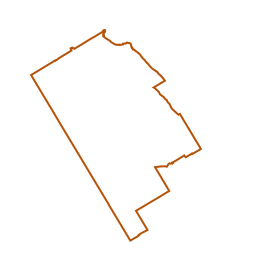 outline of Mount Remarkable, South Australia, Australia, rotated 149°
{"feature_id": "25037944B97955965068321", "entity_name": "Mount Remarkable", "entity_type": "district", "adm_level": 2, "iso_a3": "AUS", "parent_name": "Australia", "parent_adm1": "South Australia", "projection": "mercator", "projection_center": [138.036, -32.718], "detail": "fine", "context": "isolated", "style": "outline", "palette": "amber", "viewbox_px": 256, "rotation_deg": 149, "n_neighbors": 0, "source": "geoboundaries", "source_scale": "gbopen_adm2", "svg_char_len": 4640}
<svg xmlns="http://www.w3.org/2000/svg" viewBox="0 0 256 256"><g transform="rotate(149 128 128)"><path d="M76.3,72.5L76.3,113.4L77.9,113.4L80.4,121.7L80.4,121.9L80.4,122.1L80.5,123.6L80.5,123.8L80.4,124.2L80.1,126.4L80.0,126.9L80.0,127.1L80.1,127.5L80.5,129.2L80.6,129.6L80.6,129.9L80.6,130.2L80.5,131.0L80.4,131.3L80.4,131.6L80.5,131.8L80.5,132.1L80.6,132.3L81.1,133.6L81.2,134.0L81.3,134.2L81.3,134.4L81.3,135.4L81.4,135.6L81.4,135.9L83.0,139.8L83.1,140.1L83.2,140.4L83.2,140.7L83.0,142.9L83.0,143.2L83.1,143.4L84.5,148.4L84.8,148.9L85.1,149.5L72.0,149.5L72.1,150.1L72.1,150.7L72.2,151.4L72.3,151.8L72.2,152.1L72.2,152.3L72.4,152.7L72.5,153.4L72.5,153.6L72.6,153.8L72.6,154.6L72.8,155.4L72.9,155.7L73.0,155.8L72.9,156.0L73.1,156.5L73.3,157.2L73.6,157.8L73.8,158.1L73.8,158.4L73.9,158.6L74.0,159.3L74.0,159.6L73.9,160.5L74.1,161.3L74.2,161.5L74.3,161.5L74.7,161.9L74.9,162.2L74.9,162.3L74.8,162.2L74.6,162.0L74.6,162.3L74.7,162.6L74.9,163.0L75.0,163.2L75.1,163.3L75.3,163.6L75.5,163.9L75.6,164.2L75.7,164.3L75.9,164.7L76.0,164.9L76.3,165.7L76.6,166.5L76.8,167.1L77.0,167.9L77.1,168.4L77.2,168.8L77.3,169.6L77.5,170.0L77.5,170.5L77.6,171.1L77.6,171.6L77.6,171.9L77.6,172.0L77.7,172.3L77.9,172.8L78.0,173.6L78.2,174.0L78.2,174.3L78.3,174.6L78.3,174.8L78.4,175.0L78.5,175.5L78.6,175.9L78.6,176.8L78.6,177.0L78.6,177.5L78.7,177.8L78.8,178.0L79.1,178.8L79.3,179.7L79.5,180.2L79.5,180.8L79.5,181.3L79.6,181.7L79.6,182.0L79.8,182.7L79.8,183.5L79.7,184.0L79.8,184.6L79.8,184.8L80.1,185.4L80.2,185.6L80.2,185.9L80.3,186.3L80.5,187.0L80.6,187.3L80.7,187.5L81.0,188.3L81.6,189.4L81.7,189.7L81.7,190.1L81.9,190.3L82.0,190.6L82.1,191.1L82.2,191.3L82.2,191.5L82.3,191.7L82.6,192.1L82.9,192.8L83.0,193.0L83.3,193.0L83.2,193.3L83.1,193.5L83.1,194.1L83.0,194.5L83.0,194.9L83.0,195.0L83.3,194.9L83.5,194.9L83.5,195.0L83.4,195.4L83.2,195.8L83.1,196.1L83.0,196.4L82.9,196.8L82.9,197.0L82.9,197.3L82.7,197.5L82.5,197.8L82.5,198.1L82.5,198.4L82.4,198.7L82.3,199.0L82.4,199.3L82.8,199.8L83.0,200.0L83.3,200.2L83.6,200.5L83.9,200.7L84.1,200.9L84.2,201.0L84.3,201.0L84.5,201.2L84.6,201.4L84.8,201.6L84.9,201.8L85.2,201.9L85.3,201.9L85.5,201.8L85.7,201.7L85.8,201.7L86.1,201.5L86.4,201.6L87.1,201.9L87.4,202.1L87.5,202.2L87.8,202.2L88.3,202.5L88.7,202.6L88.8,202.7L89.0,202.3L89.2,202.2L89.4,202.2L89.5,202.3L89.8,202.3L90.0,202.4L90.5,202.7L90.8,202.8L91.3,203.0L91.6,203.3L92.0,203.6L92.1,203.4L92.3,203.4L92.6,203.6L93.0,203.9L93.2,204.1L93.3,204.2L94.1,204.7L94.2,204.9L94.3,204.9L94.4,205.0L94.5,205.1L94.7,205.3L95.0,205.6L94.8,205.4L94.7,205.2L94.9,205.4L95.0,205.4L95.2,205.5L95.3,205.5L95.5,205.7L95.7,205.8L96.0,206.2L96.2,206.5L96.3,206.7L96.5,207.0L96.6,207.3L96.8,207.6L97.0,208.2L97.1,208.3L97.4,208.7L97.5,208.9L97.5,209.0L97.7,209.4L98.1,210.1L98.2,210.3L98.4,211.0L98.6,211.8L98.6,212.1L99.3,213.4L99.4,213.7L99.8,214.2L100.0,214.7L100.1,215.0L100.3,215.3L100.5,215.7L100.7,216.0L101.1,216.8L101.2,217.1L101.3,217.6L101.4,218.0L101.5,218.4L101.6,218.6L101.8,218.7L101.9,218.9L101.9,219.2L101.9,219.5L101.9,219.8L101.7,220.1L101.6,220.3L101.4,220.3L101.2,220.1L100.9,220.0L100.8,220.5L100.9,220.8L100.8,221.0L100.7,221.0L100.4,221.1L100.1,221.4L99.9,221.5L99.8,221.9L100.0,222.2L100.2,222.5L100.5,222.8L100.3,222.8L100.1,222.8L99.9,222.7L99.7,222.4L99.2,222.3L99.0,222.2L98.8,222.1L98.7,222.1L98.4,222.3L98.0,222.6L97.8,222.8L97.5,223.0L97.4,223.1L97.4,223.4L97.5,223.7L97.5,223.8L97.4,223.9L97.5,224.0L97.9,224.0L98.1,224.1L98.5,224.3L98.9,224.3L99.2,224.2L99.4,224.1L99.5,224.0L99.7,223.9L99.5,223.7L99.7,223.4L99.8,223.4L99.9,223.2L100.0,223.2L100.0,223.3L100.4,223.5L100.5,223.5L101.5,223.5L102.4,223.5L110.2,223.5L113.9,223.6L119.2,223.6L126.4,223.5L133.2,223.5L134.0,225.3L135.3,225.3L135.3,225.8L136.2,225.8L136.2,224.3L136.7,224.1L136.7,223.5L151.7,223.4L152.7,223.1L153.2,223.1L153.3,223.1L153.8,223.2L154.1,223.2L155.4,223.0L155.4,223.4L155.5,223.4L183.8,223.3L183.8,202.3L183.8,199.7L183.8,194.8L183.8,194.0L183.8,193.7L183.8,185.0L183.8,182.0L183.9,167.4L183.9,158.8L183.9,155.2L183.9,130.4L183.9,130.2L183.9,127.6L183.9,109.5L183.9,97.2L183.9,72.5L184.0,72.4L184.0,58.5L184.0,56.5L184.0,30.3L174.1,30.2L173.8,30.9L173.7,30.9L169.8,30.9L168.6,30.8L163.8,30.5L163.8,41.2L163.8,42.6L163.7,43.2L163.8,43.4L163.8,52.9L160.4,52.9L142.8,52.8L125.1,52.8L125.0,64.8L125.0,80.5L119.8,78.2L118.6,77.6L118.3,77.4L115.8,76.0L114.7,74.8L114.1,75.0L113.6,75.4L112.3,76.0L112.0,76.2L110.8,76.4L110.4,76.1L109.8,75.4L108.1,75.5L108.1,75.4L108.0,75.5L107.9,75.4L107.6,75.4L107.2,75.0L107.0,75.4L94.2,75.4L94.2,75.5L93.9,75.5L93.9,75.3L94.0,75.3L93.6,73.2L88.3,73.1L86.3,73.2L86.3,72.6L76.3,72.5Z" fill="none" stroke="#b45309" stroke-width="2"/></g></svg>